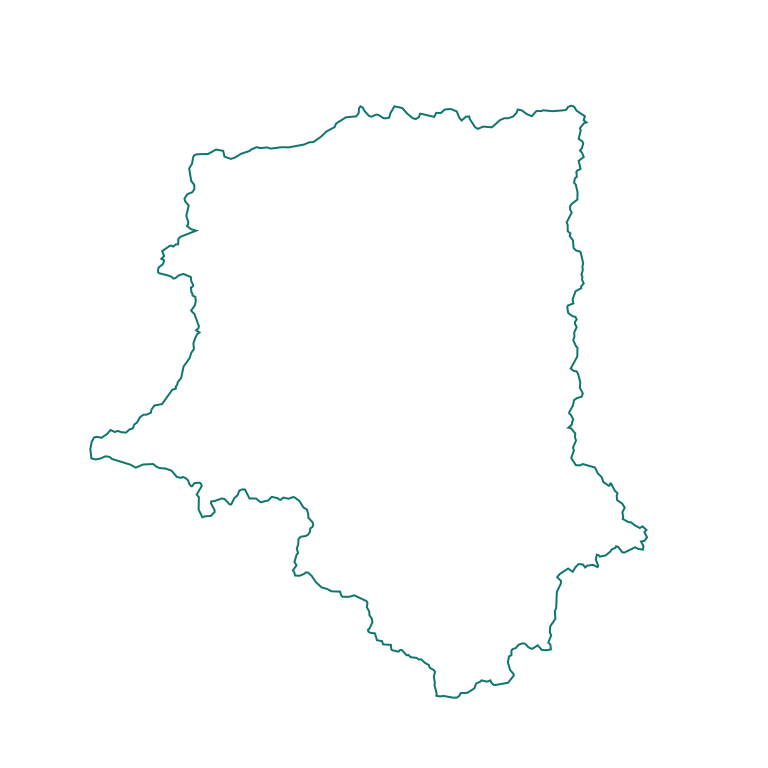 Khun Yuam, Mae Hong Son, Thailand (Mercator projection), rotated 188°
{"feature_id": "78962969B960185402947", "entity_name": "Khun Yuam", "entity_type": "district", "adm_level": 2, "iso_a3": "THA", "parent_name": "Thailand", "parent_adm1": "Mae Hong Son", "projection": "mercator", "projection_center": [97.886, 18.842], "detail": "fine", "context": "isolated", "style": "outline", "palette": "teal", "viewbox_px": 768, "rotation_deg": 188, "n_neighbors": 0, "source": "geoboundaries", "source_scale": "gbopen_adm2", "svg_char_len": 6154}
<svg xmlns="http://www.w3.org/2000/svg" viewBox="0 0 768 768"><g transform="rotate(188 384 384)"><path d="M663.4,269.6L659.1,269.2L655.4,270.3L649.5,273.7L645.7,273.6L642.9,271.9L623.7,268.8L618.2,266.6L611.2,270.8L601.4,272.6L597.5,270.3L594.3,269.5L588.5,269.9L582.3,268.6L576.2,263.1L572.0,262.8L570.4,263.9L567.5,263.3L564.5,261.2L563.1,258.2L560.7,255.9L559.7,256.2L558.0,259.4L553.1,260.6L551.3,259.8L550.3,257.6L554.1,248.4L551.6,246.2L550.1,233.9L545.3,226.7L542.7,228.1L537.2,229.2L533.9,233.7L534.3,235.7L538.8,241.8L538.8,243.7L535.6,244.5L528.6,248.1L525.8,247.9L520.3,243.4L518.5,243.5L516.4,250.0L513.4,253.7L512.5,258.3L509.5,260.0L506.9,260.1L501.3,251.9L494.8,252.8L489.7,249.7L482.4,252.6L479.5,256.6L473.4,256.2L471.9,255.0L470.2,254.9L467.9,257.5L462.6,257.1L458.3,259.4L456.6,259.2L451.5,256.4L446.6,250.5L443.0,249.1L440.9,244.5L440.4,241.2L435.5,237.1L434.5,234.9L434.9,232.6L436.9,230.7L436.7,227.4L438.2,224.3L440.3,222.6L445.3,221.1L447.1,218.6L446.6,213.1L447.5,208.9L445.6,204.8L446.8,202.7L447.9,195.3L445.4,192.2L448.3,186.7L446.6,185.0L445.5,182.0L441.1,182.3L436.8,184.7L435.3,186.5L433.2,186.8L428.9,183.9L424.1,178.5L417.5,173.9L411.8,173.1L407.1,171.4L398.6,172.3L396.9,168.6L395.3,167.5L389.0,168.4L384.1,170.6L371.0,166.5L369.9,164.9L370.0,160.7L367.0,156.7L366.2,152.9L363.4,150.0L362.3,146.4L364.4,139.7L365.7,138.3L364.9,136.5L362.7,135.7L358.3,135.8L355.3,129.3L350.1,129.1L348.7,126.0L340.9,126.6L339.8,122.2L338.8,121.5L332.6,120.9L331.0,122.8L329.3,123.0L323.8,118.5L322.0,119.1L319.7,117.2L313.7,117.3L310.9,116.0L308.8,116.5L304.4,113.4L300.6,112.0L299.2,109.4L294.8,107.6L293.4,106.2L293.9,101.0L292.1,95.4L292.1,92.7L288.9,85.2L288.7,82.5L285.2,82.4L281.6,83.4L272.1,83.0L268.1,83.6L266.1,85.6L264.9,88.7L258.6,89.7L252.3,95.0L251.0,100.3L247.4,102.5L246.2,104.1L240.7,103.6L237.3,105.3L236.4,103.4L233.8,101.4L231.9,101.4L219.6,105.4L214.8,113.5L215.6,115.1L219.4,118.4L222.6,125.8L222.3,131.7L220.1,133.1L220.7,137.6L220.0,139.1L216.7,141.0L214.4,144.6L210.1,146.6L207.9,146.3L204.3,143.4L201.5,142.4L200.1,142.6L195.4,146.6L190.6,142.5L185.0,143.2L181.8,144.5L183.0,149.1L185.3,150.8L183.5,158.2L185.3,161.5L185.6,167.3L181.6,175.3L183.2,182.8L182.3,186.0L183.9,202.2L181.1,210.9L181.3,213.6L185.6,216.8L183.6,220.2L176.0,226.9L171.0,224.3L169.0,229.1L166.3,232.7L162.0,233.0L159.3,230.3L157.5,232.4L151.9,234.0L147.1,232.4L146.6,233.9L149.8,239.6L149.5,244.6L147.5,244.3L146.2,243.1L140.7,245.1L136.7,249.4L135.4,251.9L132.0,254.0L131.6,255.6L129.3,255.2L124.7,250.6L122.7,250.4L112.5,257.3L109.4,256.1L104.6,256.0L104.5,259.5L107.6,263.8L104.2,265.0L102.2,268.8L105.5,273.4L103.8,276.0L108.2,279.0L110.6,277.0L116.1,279.0L120.0,281.4L122.6,281.2L128.8,283.6L128.7,286.0L130.1,290.1L128.4,295.1L131.5,298.7L137.0,301.5L138.0,305.4L137.6,308.5L140.4,310.2L145.2,317.0L146.1,316.9L146.5,314.7L147.5,314.6L153.1,317.4L155.5,322.1L159.9,325.3L163.5,330.7L176.2,332.4L178.2,330.7L182.7,330.3L188.3,336.8L186.7,344.6L188.0,347.3L186.0,354.7L187.6,358.2L187.7,361.7L192.7,366.2L195.4,366.4L192.4,369.8L192.4,373.0L191.6,375.1L194.5,379.3L196.3,380.4L196.7,381.7L193.9,389.0L193.6,394.4L191.1,396.8L186.5,398.9L185.8,402.3L189.5,407.5L189.9,413.0L193.2,421.0L195.0,423.3L197.9,423.3L201.3,425.3L196.4,438.1L197.5,446.9L199.0,448.0L202.7,453.8L202.0,457.0L202.8,461.7L201.1,467.0L203.3,470.3L203.5,472.2L202.1,474.6L203.8,477.1L206.8,477.4L211.4,479.9L213.2,485.5L212.8,487.3L207.7,490.2L209.0,493.9L207.2,502.6L202.0,506.4L202.4,508.1L200.2,511.3L202.4,514.8L202.4,517.6L203.7,519.7L203.0,524.5L203.8,527.4L203.6,531.4L207.2,540.8L208.2,542.4L212.6,543.0L215.2,545.1L216.9,552.5L220.7,556.4L220.4,559.1L223.3,560.8L224.3,567.2L225.6,569.5L222.0,579.8L224.2,583.2L224.4,586.1L223.2,588.5L218.2,593.5L219.0,600.7L221.8,608.1L223.8,609.8L223.6,614.1L221.9,616.1L223.0,620.8L222.4,622.2L219.3,624.3L222.3,632.1L217.8,636.6L220.1,640.6L222.4,642.4L220.8,645.1L220.2,650.0L221.3,651.8L225.3,653.8L224.5,662.7L225.6,664.5L222.2,670.2L220.0,671.2L223.0,673.0L222.3,677.1L231.4,681.5L234.3,685.1L237.6,685.6L240.4,683.8L241.7,680.9L244.2,680.0L255.2,677.6L264.6,677.2L265.9,676.2L271.1,675.5L274.9,669.8L280.1,671.1L285.5,674.1L289.8,674.4L290.5,670.9L293.3,666.9L298.1,664.4L301.6,664.0L305.7,661.6L312.9,653.2L321.6,652.7L326.5,649.7L329.5,650.9L336.0,658.4L336.9,660.8L340.1,660.1L343.8,655.7L346.2,657.8L350.0,664.1L356.3,665.6L362.0,664.3L365.5,660.2L370.0,659.8L371.5,655.5L385.3,656.8L386.0,656.5L386.5,653.2L389.4,650.8L392.5,651.2L398.4,654.8L404.5,659.9L412.4,660.4L415.3,653.1L415.9,648.5L419.7,647.2L421.5,647.2L427.0,649.7L429.2,649.7L433.7,646.9L436.3,647.5L441.0,651.4L443.5,654.7L446.0,655.7L447.1,653.6L446.8,648.6L448.7,645.2L458.8,642.8L467.7,635.3L468.7,631.5L476.1,626.1L481.0,619.9L487.7,613.7L491.5,613.0L496.5,610.0L511.5,605.0L518.2,604.3L529.1,601.3L532.9,602.0L539.1,600.4L543.1,600.8L548.5,597.5L549.6,596.0L557.4,592.2L562.8,587.7L566.9,585.6L573.6,586.9L575.7,592.5L582.9,592.8L590.1,587.4L601.4,585.4L603.7,584.1L604.5,582.3L604.8,575.4L606.9,570.3L603.1,558.1L599.6,554.8L598.9,550.5L600.5,547.3L605.1,544.6L607.4,539.9L606.4,537.3L602.2,533.6L603.2,523.0L600.4,517.3L600.2,514.9L601.1,513.1L596.6,510.4L591.4,509.7L606.3,501.3L607.8,499.2L607.3,493.7L609.7,493.2L611.7,490.8L613.9,491.5L615.6,490.8L622.2,484.7L619.6,480.1L621.9,477.0L619.4,476.1L619.0,474.8L619.7,471.8L623.4,468.0L623.6,464.8L623.3,463.3L622.0,462.4L613.0,461.4L609.3,460.6L607.2,459.1L605.5,459.7L602.2,463.1L597.9,465.1L590.1,463.0L589.2,459.0L586.7,455.4L586.8,454.1L588.6,452.7L587.4,447.8L586.2,446.8L585.9,444.9L583.0,444.1L582.0,440.1L582.2,435.8L585.2,429.8L581.4,426.8L575.3,415.4L575.6,413.3L577.5,411.0L573.9,409.3L576.0,407.3L577.6,402.2L578.4,397.6L577.1,392.2L579.3,387.8L580.0,382.7L584.9,373.4L585.7,361.9L588.5,357.1L588.6,354.8L589.8,352.4L589.5,350.4L592.9,348.8L601.0,333.2L608.3,330.8L610.7,326.4L610.9,323.1L614.8,320.6L617.9,320.1L620.9,317.3L623.4,311.2L625.6,309.2L626.6,305.1L629.9,303.4L632.7,300.0L637.5,299.7L640.9,300.5L644.0,299.0L648.4,300.4L651.1,296.1L656.2,291.5L661.2,291.7L663.6,290.7L665.4,286.1L665.8,278.7L663.4,269.6Z" fill="none" stroke="#0f766e" stroke-width="2"/></g></svg>